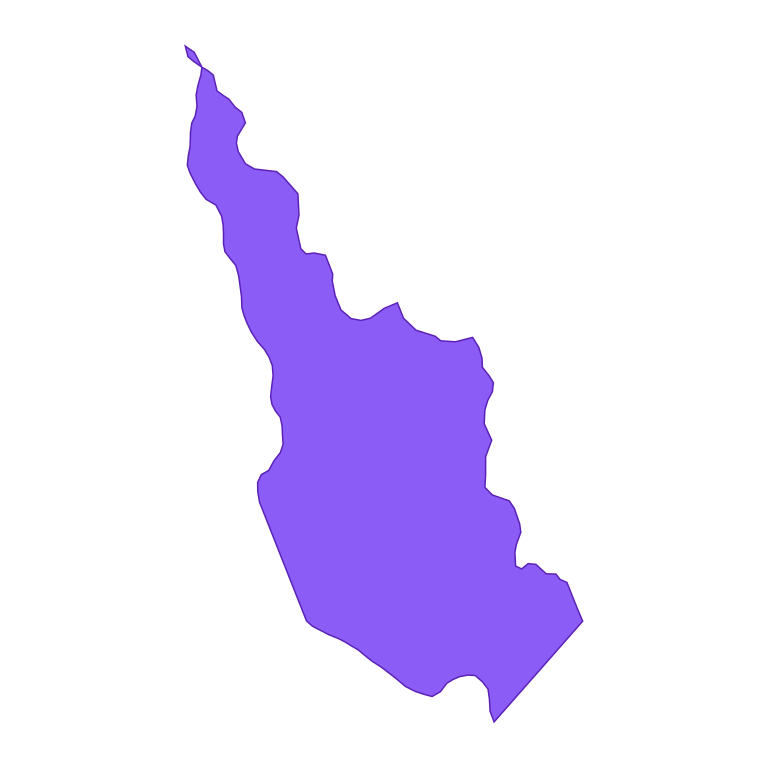 outline of Serra dos Aimorés, Minas Gerais, Brazil
{"feature_id": "56859067B89940733316213", "entity_name": "Serra dos Aimorés", "entity_type": "district", "adm_level": 2, "iso_a3": "BRA", "parent_name": "Brazil", "parent_adm1": "Minas Gerais", "projection": "orthographic", "projection_center": [-40.28, -17.754], "detail": "fine", "context": "isolated", "style": "filled", "palette": "violet", "viewbox_px": 768, "rotation_deg": 0, "n_neighbors": 0, "source": "geoboundaries", "source_scale": "gbopen_adm2", "svg_char_len": 1942}
<svg xmlns="http://www.w3.org/2000/svg" viewBox="0 0 768 768"><path d="M435.3,336.3L416.0,330.2L403.5,318.2L397.4,302.8L384.3,308.3L370.4,318.2L361.0,320.4L351.1,318.6L341.0,310.0L335.2,295.9L332.3,281.2L332.7,274.0L325.4,255.2L314.0,253.0L306.1,254.0L300.8,248.7L296.3,228.0L299.0,215.2L297.9,193.8L283.0,176.8L276.6,171.6L254.4,169.0L245.4,163.7L238.3,151.7L236.4,143.3L237.4,136.1L245.4,122.9L241.8,112.4L235.0,107.0L228.9,99.2L223.1,95.4L217.0,90.9L213.3,75.1L207.7,70.5L201.9,67.2L200.9,75.0L197.9,85.7L196.1,95.0L197.0,106.3L195.2,116.1L191.8,123.0L190.5,132.3L190.1,146.2L188.3,155.8L187.3,165.2L190.1,173.1L195.6,184.0L200.5,192.2L206.2,199.4L215.9,205.1L221.6,216.1L223.2,225.5L223.5,234.2L223.5,243.9L225.0,251.8L230.0,258.3L235.8,265.5L238.6,275.6L240.1,286.2L241.5,296.8L241.9,307.9L244.0,315.3L246.8,322.6L251.5,332.4L257.8,342.0L264.5,349.5L269.2,357.4L272.3,365.6L273.1,375.8L271.7,386.5L270.6,396.9L272.0,404.5L275.2,410.6L280.3,417.3L282.1,426.0L282.5,435.4L283.1,444.3L280.3,452.7L274.1,460.6L268.8,470.3L261.3,474.6L257.6,482.5L257.8,491.6L259.5,502.1L306.5,620.9L312.3,626.1L321.1,630.7L329.1,634.8L338.5,638.6L345.6,642.3L351.7,646.1L358.2,649.9L364.9,655.5L371.9,661.1L381.5,667.3L389.1,673.1L396.5,678.9L405.4,686.4L415.2,691.4L423.9,694.3L432.1,696.5L440.4,691.7L446.8,683.3L452.8,679.6L459.4,676.7L467.6,675.1L475.2,675.5L482.6,682.0L488.0,689.0L489.4,698.9L490.1,711.3L494.1,721.9L582.7,621.2L577.1,608.0L566.9,582.4L560.2,579.5L555.9,574.1L546.2,573.8L535.9,564.4L528.2,563.6L521.7,568.9L515.6,566.1L514.9,552.3L516.4,544.4L520.8,532.3L519.7,524.0L514.4,508.5L509.3,500.9L492.4,495.0L484.9,487.4L485.6,474.9L485.6,456.8L491.7,440.2L484.2,423.8L484.9,409.8L487.8,400.3L492.4,391.6L493.4,382.7L489.2,375.9L482.4,367.3L482.0,358.1L478.8,347.3L472.6,337.4L455.4,341.8L440.7,340.8L435.3,336.3ZM185.3,46.1L188.0,56.7L193.7,61.5L201.9,67.2L194.3,52.4L185.3,46.1Z" fill="#8b5cf6" stroke="#5b21b6" stroke-width="1.5"/></svg>